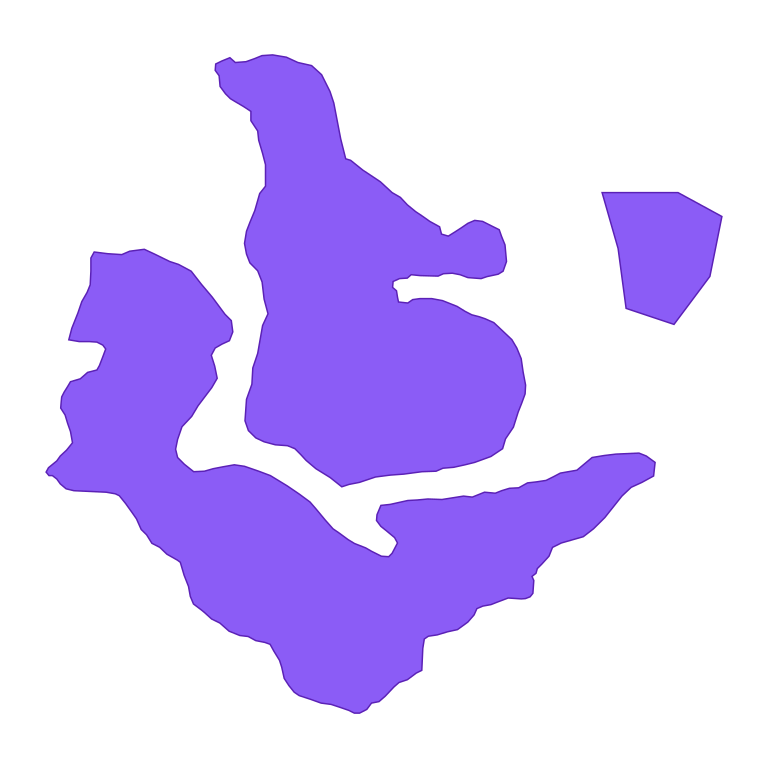 the district of Värmdö, Stockholm, Sweden
{"feature_id": "70781695B62142289931887", "entity_name": "Värmdö", "entity_type": "district", "adm_level": 2, "iso_a3": "SWE", "parent_name": "Sweden", "parent_adm1": "Stockholm", "projection": "mercator", "projection_center": [18.505, 59.313], "detail": "fine", "context": "isolated", "style": "filled", "palette": "violet", "viewbox_px": 768, "rotation_deg": 0, "n_neighbors": 0, "source": "geoboundaries", "source_scale": "gbopen_adm2", "svg_char_len": 4253}
<svg xmlns="http://www.w3.org/2000/svg" viewBox="0 0 768 768"><path d="M68.8,339.8L79.3,341.6L89.6,341.6L96.9,342.1L102.8,345.1L105.7,349.0L102.8,356.8L99.4,365.6L96.9,370.0L87.6,372.4L80.3,378.8L70.5,381.7L67.6,386.6L64.2,392.0L61.7,396.9L61.2,401.8L60.7,408.1L65.1,415.0L67.6,423.3L70.5,431.6L72.5,442.8L66.6,450.1L60.3,456.0L56.8,460.9L48.5,467.7L46.1,472.1L49.0,475.6L52.4,475.6L56.8,479.0L60.3,483.9L66.1,488.8L73.9,490.7L106.2,492.2L115.3,493.8L119.3,495.7L125.6,503.5L131.9,512.3L136.5,518.9L141.2,529.5L146.6,534.8L151.9,543.3L159.7,547.3L166.9,554.2L177.5,560.2L180.3,562.3L184.1,575.2L188.5,586.4L190.3,596.4L193.5,604.0L201.3,609.9L204.7,612.7L211.6,619.0L219.8,623.0L229.1,631.2L239.8,635.5L248.2,636.5L255.7,640.6L264.8,642.4L270.1,644.3L273.9,651.2L279.5,660.3L281.7,667.1L284.2,678.4L288.9,685.6L294.2,692.2L299.2,695.6L310.8,699.4L321.1,703.1L331.1,704.4L340.5,707.5L348.6,710.3L354.3,713.1L359.6,713.1L366.8,709.4L371.5,703.1L379.0,701.6L385.2,696.2L394.0,686.9L399.0,682.5L407.4,679.7L416.2,673.1L421.8,670.3L422.8,648.4L424.3,639.0L428.4,636.2L437.2,634.9L447.5,631.8L457.5,629.6L467.8,622.1L474.1,614.9L476.9,608.6L482.8,606.1L491.0,604.6L496.6,602.4L501.6,600.5L508.2,598.0L521.3,598.9L525.4,598.6L530.1,596.8L532.9,593.3L533.8,580.5L532.0,576.4L536.0,573.3L537.3,568.6L542.0,563.9L549.0,556.2L552.5,547.4L561.3,543.0L583.3,536.7L593.5,528.8L604.8,517.6L621.9,496.1L631.2,487.3L641.9,482.4L653.6,476.0L655.1,462.4L646.3,456.0L639.0,453.1L616.0,454.1L604.3,455.5L592.1,457.5L576.9,470.2L560.3,473.1L553.9,476.5L546.1,480.4L536.3,481.9L527.5,482.9L518.7,487.8L509.4,488.3L501.6,490.7L495.3,493.2L484.5,492.2L472.3,497.1L463.5,496.1L442.0,499.5L427.8,499.0L417.1,500.0L407.8,500.5L390.2,504.4L380.9,505.4L377.0,514.7L376.5,520.5L380.9,526.4L385.8,530.3L394.6,537.6L397.5,543.0L392.1,553.3L388.7,556.7L381.4,556.2L371.6,551.3L365.7,547.9L354.5,543.5L348.1,539.6L339.4,533.2L333.0,528.8L325.2,520.0L315.9,508.8L310.0,502.0L299.3,494.1L287.1,485.8L270.4,475.6L258.7,471.2L244.5,466.3L234.3,464.8L223.0,466.8L213.2,468.7L204.4,471.2L193.7,471.7L184.4,464.3L177.6,457.5L175.6,449.2L177.6,439.4L182.0,426.7L191.7,416.4L198.1,405.7L205.9,395.4L211.8,387.6L217.2,378.3L214.7,366.1L211.3,355.3L215.2,348.0L222.0,344.1L229.4,340.7L232.8,331.9L231.3,320.6L225.0,314.3L212.3,297.2L201.5,284.4L191.2,271.2L178.5,264.4L169.7,261.5L154.6,254.1L144.3,249.3L129.7,251.2L121.8,254.6L107.7,253.7L94.2,252.0L90.9,258.0L90.9,271.0L90.2,284.8L87.1,292.4L81.8,301.6L77.9,313.0L71.8,328.3L68.8,339.8ZM297.9,62.5L286.4,57.2L272.7,54.9L262.0,55.6L254.4,58.7L246.0,61.7L235.3,62.5L229.9,57.7L221.6,61.1L215.7,64.0L215.2,70.4L219.1,75.7L220.1,86.5L225.5,93.8L230.4,98.7L235.2,101.6L243.5,106.5L250.9,111.4L250.9,120.7L257.7,131.0L258.7,140.3L262.6,153.5L265.5,164.7L265.5,186.2L259.7,193.5L254.8,210.6L249.9,222.4L246.5,231.2L244.5,243.4L246.5,254.1L249.9,262.9L257.7,270.8L262.1,282.0L264.1,299.1L268.0,313.8L262.6,325.5L257.7,353.4L252.8,368.0L251.9,384.2L246.5,399.3L245.0,420.8L248.4,430.6L255.8,437.9L264.1,441.8L275.3,444.8L287.5,445.7L294.9,448.7L300.7,454.5L306.1,460.4L315.9,468.7L330.1,477.5L341.8,486.8L349.1,484.4L359.4,482.4L375.5,477.0L390.2,475.1L403.9,474.1L422.0,471.7L436.1,471.2L443.0,468.2L453.7,467.3L465.0,464.8L474.7,462.4L490.9,456.5L502.6,448.7L505.5,438.9L513.4,427.2L518.2,412.0L521.7,403.2L525.1,393.9L525.6,385.1L523.1,371.9L521.2,358.7L516.8,348.0L511.9,339.7L504.1,332.3L493.8,322.6L485.0,318.7L479.1,316.7L471.8,314.8L465.0,311.3L457.1,306.4L442.5,300.6L431.7,298.6L420.0,298.6L412.7,299.6L407.8,303.0L398.5,302.0L397.5,297.2L396.5,290.8L392.6,287.4L393.1,281.5L399.5,278.6L407.3,278.1L411.2,274.7L420.0,275.6L438.1,276.1L443.5,273.7L452.3,273.2L460.1,274.7L467.9,277.6L481.1,278.6L487.0,276.6L498.2,274.2L503.1,271.2L506.5,261.5L505.0,244.9L501.6,236.5L499.2,229.7L492.3,226.3L482.6,221.4L474.7,220.4L467.9,223.3L461.5,227.7L454.7,232.1L448.3,236.1L441.5,234.1L439.6,226.8L429.8,221.4L422.9,216.5L415.6,211.6L407.3,204.8L400.4,197.4L392.1,192.6L380.4,181.8L362.8,170.1L350.6,160.3L345.7,158.8L340.7,138.9L337.6,122.8L333.8,103.0L330.0,91.5L321.6,74.7L311.6,65.6L297.9,62.5ZM709.9,276.4L721.9,216.5L678.0,192.6L602.1,192.6L618.1,248.5L626.1,308.4L674.0,324.4L709.9,276.4Z" fill="#8b5cf6" stroke="#5b21b6" stroke-width="1.5"/></svg>